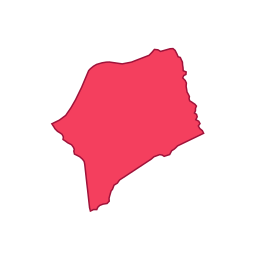 outline of Belo Monte, Alagoas, Brazil, rotated 116°
{"feature_id": "56859067B15560608131271", "entity_name": "Belo Monte", "entity_type": "district", "adm_level": 2, "iso_a3": "BRA", "parent_name": "Brazil", "parent_adm1": "Alagoas", "projection": "orthographic", "projection_center": [-37.19, -9.812], "detail": "fine", "context": "isolated", "style": "filled", "palette": "rose", "viewbox_px": 256, "rotation_deg": 116, "n_neighbors": 0, "source": "geoboundaries", "source_scale": "gbopen_adm2", "svg_char_len": 1388}
<svg xmlns="http://www.w3.org/2000/svg" viewBox="0 0 256 256"><g transform="rotate(116 128 128)"><path d="M99.6,57.7L97.8,60.0L97.0,63.3L95.3,65.7L92.5,65.2L90.9,67.4L90.8,70.7L87.6,70.7L85.7,72.4L85.4,74.9L83.0,74.9L80.6,76.0L78.3,76.1L77.3,78.3L76.8,81.8L76.5,84.5L74.8,86.0L72.8,86.6L71.3,88.5L69.8,90.7L67.2,92.5L65.1,94.0L62.0,95.2L60.3,97.3L59.0,100.8L56.4,100.9L54.5,99.4L52.1,100.3L52.3,103.5L49.5,105.1L47.5,106.5L44.9,108.0L43.2,110.1L41.7,111.9L42.0,114.2L40.0,116.5L37.6,119.7L36.9,122.4L38.3,124.9L44.9,132.3L44.6,135.4L45.8,138.7L49.1,139.5L53.4,140.9L67.3,153.8L72.9,161.3L76.9,173.7L78.4,176.5L79.6,178.2L80.7,179.8L84.6,184.1L87.6,186.1L91.3,187.8L93.7,188.5L111.8,187.5L115.0,187.5L125.6,187.5L134.5,188.1L144.0,189.5L151.1,193.2L157.6,198.3L159.5,195.1L160.7,193.3L161.9,189.9L162.2,186.8L162.6,184.5L164.3,182.2L166.8,181.4L167.2,178.4L167.7,175.8L167.8,171.4L169.2,168.7L170.6,167.0L172.5,166.6L174.9,164.7L174.9,161.7L175.0,158.7L176.0,155.2L177.3,152.7L179.7,150.9L196.5,140.3L201.3,137.2L216.5,127.6L219.1,125.4L216.4,123.2L215.0,120.3L212.4,120.4L210.0,119.5L207.4,117.1L205.0,113.7L202.0,112.8L199.5,114.2L197.2,114.7L192.0,115.6L189.9,115.1L185.5,115.5L182.2,113.4L178.4,112.8L145.8,93.5L142.5,92.1L138.0,87.8L137.3,85.4L137.6,83.1L133.6,78.9L129.3,78.8L126.9,77.3L125.0,76.5L122.3,75.6L99.6,57.7Z" fill="#f43f5e" stroke="#9f1239" stroke-width="1.5"/></g></svg>